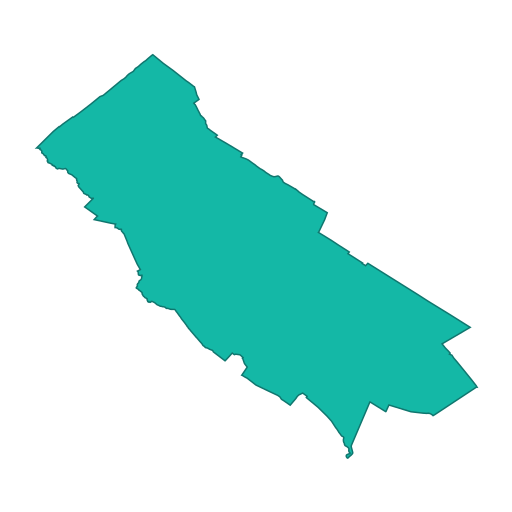 Tartasesti, Dâmbovita, Romania (Robinson projection), rotated 356°
{"feature_id": "2599482B67594439605865", "entity_name": "Tartasesti", "entity_type": "district", "adm_level": 2, "iso_a3": "ROU", "parent_name": "Romania", "parent_adm1": "Dâmbovita", "projection": "robinson", "projection_center": [25.802, 44.581], "detail": "fine", "context": "isolated", "style": "filled", "palette": "teal", "viewbox_px": 512, "rotation_deg": 356, "n_neighbors": 0, "source": "geoboundaries", "source_scale": "gbopen_adm2", "svg_char_len": 5958}
<svg xmlns="http://www.w3.org/2000/svg" viewBox="0 0 512 512"><g transform="rotate(356 256 256)"><path d="M467.3,402.2L466.5,400.6L462.4,394.5L449.2,375.7L446.2,371.7L444.5,368.6L442.1,367.4L442.9,366.4L441.3,364.3L440.1,362.9L438.4,360.9L435.5,356.6L464.7,342.1L445.1,327.8L424.8,313.3L414.9,305.9L367.1,271.1L364.6,273.3L361.1,270.6L361.1,270.2L361.4,270.1L347.9,260.1L349.3,258.5L338.8,250.7L333.1,246.3L319.9,236.8L320.3,236.4L327.0,224.6L330.1,217.8L317.2,208.8L317.1,208.4L317.4,207.5L317.9,206.9L318.3,206.1L317.9,205.6L317.6,205.5L316.7,205.6L316.2,204.9L306.9,198.0L303.4,195.2L302.6,194.3L300.1,191.9L299.9,192.1L298.6,191.1L293.0,187.3L290.1,185.6L289.2,184.9L288.5,184.3L288.3,184.0L288.0,183.5L287.8,182.6L287.7,182.2L287.1,181.5L284.9,178.7L284.0,177.9L283.7,177.8L283.2,177.7L281.0,178.1L279.7,178.2L279.1,178.1L277.4,177.4L275.4,176.3L274.7,175.6L271.8,173.5L269.8,171.6L267.3,169.8L266.7,169.6L262.6,166.2L262.1,165.6L261.1,164.7L259.3,163.3L255.2,159.8L252.8,158.4L248.7,156.6L247.7,156.0L249.0,154.2L248.3,153.7L249.8,152.4L235.5,142.4L223.8,134.5L225.8,132.8L219.1,127.3L217.7,126.0L216.8,125.4L216.5,125.2L216.3,124.6L216.0,122.1L215.0,120.3L215.2,117.9L215.2,117.6L214.1,116.1L213.7,115.2L212.9,114.2L212.1,113.5L211.3,112.4L210.7,112.2L210.4,111.7L210.3,111.0L209.9,110.1L209.4,109.0L208.9,107.7L208.4,106.8L207.7,104.9L206.2,101.4L205.9,100.8L205.3,100.2L204.6,99.2L210.1,95.8L208.1,91.0L207.7,88.5L206.4,82.9L205.8,82.6L200.9,78.2L198.7,76.5L186.2,65.1L176.9,57.3L167.1,48.0L166.0,48.6L162.3,51.3L159.5,53.5L158.1,54.2L154.7,56.5L151.8,58.8L149.9,59.9L148.9,60.4L147.9,61.5L147.5,62.1L146.4,63.3L142.8,65.1L141.6,65.8L139.8,67.3L138.7,68.5L136.5,70.1L133.9,71.4L114.8,85.1L111.5,86.1L101.6,93.1L90.5,100.5L83.5,104.9L82.9,104.5L72.5,110.9L68.9,113.5L68.6,113.2L62.5,117.6L44.7,132.9L45.1,132.9L46.7,133.5L47.8,133.3L48.1,133.4L48.2,133.5L47.8,134.4L47.9,134.7L48.9,135.3L49.5,136.1L49.7,136.8L49.5,137.8L49.5,138.1L49.7,138.4L50.7,139.0L51.0,139.5L51.3,139.8L51.9,141.0L52.2,141.2L53.2,141.3L53.6,141.9L53.6,142.3L53.3,142.7L53.3,142.9L53.5,143.2L53.9,143.4L54.3,143.8L54.6,144.4L54.7,145.0L54.9,145.6L54.9,145.9L54.4,146.4L54.4,146.8L54.8,147.1L55.0,147.6L54.9,148.1L55.1,148.4L56.7,149.0L59.1,150.5L59.2,150.8L59.0,151.1L59.2,151.4L59.6,151.5L60.6,151.6L60.8,151.7L60.8,152.4L61.0,152.5L62.1,152.9L62.3,153.6L62.7,154.4L63.0,154.7L64.2,155.3L65.5,154.8L69.2,155.8L69.7,155.8L71.9,155.4L72.3,155.6L72.8,156.1L73.1,156.8L74.1,157.6L74.0,159.1L74.4,160.0L74.9,160.6L77.9,162.1L81.0,165.1L82.4,166.2L82.5,166.5L82.5,166.8L82.3,167.2L82.4,168.0L82.9,168.7L82.9,168.9L82.6,169.8L82.6,170.2L82.7,170.5L83.3,171.1L84.2,171.2L84.5,171.4L84.6,171.6L84.5,171.9L83.5,173.3L83.6,173.7L84.2,175.0L84.8,175.7L87.7,179.5L88.1,179.8L88.4,181.1L88.7,181.6L90.8,182.7L91.1,183.0L91.3,183.3L92.3,183.3L92.7,183.7L93.3,184.3L93.7,185.5L95.3,186.6L95.6,187.0L97.0,187.1L98.1,186.8L88.5,195.1L100.7,205.1L99.7,205.9L97.4,208.1L97.1,208.4L113.2,213.1L118.2,214.4L117.7,215.1L117.4,217.4L117.4,217.8L117.9,217.8L119.4,218.3L121.1,219.7L121.9,219.9L122.7,219.8L123.6,220.0L123.6,220.7L123.4,221.3L124.1,222.4L124.5,222.8L125.3,224.1L125.9,224.7L128.4,232.2L129.0,234.4L135.0,250.7L137.0,256.0L139.7,261.5L136.7,262.8L137.2,263.3L137.4,263.7L137.3,264.0L137.4,265.6L137.4,266.2L137.5,266.6L138.0,267.0L139.4,267.4L139.6,267.5L140.0,267.2L140.8,267.2L140.8,267.3L140.9,267.9L140.8,268.3L140.7,268.6L140.6,268.8L140.2,270.6L139.7,271.4L138.9,272.1L138.0,272.4L137.7,272.8L137.4,273.5L137.1,274.5L136.2,275.2L135.9,275.6L135.5,276.4L135.5,276.8L135.6,277.7L135.5,278.0L134.7,278.7L134.3,279.4L134.4,279.7L136.1,280.9L136.5,281.3L136.9,282.0L137.5,282.2L138.4,283.3L138.6,283.3L139.6,284.3L139.9,285.0L139.7,285.8L140.9,288.2L141.9,289.1L142.2,289.6L142.6,290.0L143.7,290.5L144.5,291.3L144.3,291.9L144.3,292.2L144.5,292.5L144.8,293.7L144.9,294.0L145.3,294.1L145.7,294.1L145.8,294.5L146.3,294.4L146.9,294.8L147.3,294.8L147.9,294.6L148.1,294.1L148.3,294.0L149.0,294.0L149.7,294.3L151.7,295.5L153.9,297.7L155.5,298.5L156.3,299.0L156.9,299.4L157.4,299.5L158.1,299.6L159.3,300.1L159.9,300.1L161.2,300.5L161.9,300.9L162.6,301.7L162.9,302.0L164.3,302.1L164.8,302.2L166.7,303.1L167.5,303.3L170.9,303.6L171.2,303.7L171.7,304.2L172.7,306.1L173.1,306.5L175.6,310.6L176.3,311.5L177.2,313.3L178.8,315.6L178.9,315.8L180.1,317.5L180.7,318.5L182.1,320.7L182.4,321.5L183.1,322.2L183.7,323.6L184.7,324.6L185.5,325.9L190.4,332.5L190.7,333.0L191.1,333.3L193.9,337.1L195.6,339.3L196.2,340.2L196.6,341.1L197.2,341.9L198.3,342.6L198.9,343.6L199.3,343.9L201.1,344.4L203.2,345.8L205.3,346.8L205.8,347.0L206.2,347.3L206.8,348.7L217.8,358.4L218.9,357.5L225.5,351.2L227.5,352.9L227.8,352.9L228.8,352.5L232.9,353.4L233.3,353.6L236.0,356.4L235.3,357.0L235.7,357.6L236.9,362.2L237.5,363.3L239.5,366.2L233.5,373.9L233.8,374.0L237.0,376.3L238.1,376.9L238.9,377.5L246.9,384.7L258.5,391.3L268.0,396.6L270.0,398.2L271.4,400.7L273.6,402.3L279.7,407.2L285.7,401.1L286.2,400.5L286.3,400.2L286.6,400.0L287.3,399.0L289.0,397.6L293.0,396.0L297.0,399.3L297.2,399.6L296.3,400.6L296.6,401.0L307.2,411.1L315.6,420.6L319.8,426.0L323.7,433.1L324.1,433.5L325.4,435.7L326.4,437.7L327.7,439.6L328.4,440.8L328.9,441.5L329.6,442.0L330.3,442.3L330.8,442.9L330.9,443.2L330.8,443.8L330.4,445.0L330.3,446.6L330.4,447.3L330.6,448.1L331.1,449.2L331.1,450.0L331.4,450.9L331.8,451.5L333.4,452.5L334.6,453.6L334.9,454.0L335.3,454.8L335.0,456.1L335.0,457.2L335.3,458.1L335.8,458.6L336.1,459.1L336.1,459.4L336.0,459.6L335.0,459.8L332.9,460.5L332.3,461.0L332.1,461.5L332.1,462.5L332.8,463.7L333.0,463.9L333.2,464.0L333.7,463.9L335.3,462.5L336.8,461.5L338.3,460.1L338.7,459.5L338.8,458.7L337.7,452.9L337.9,451.7L338.7,450.1L338.8,449.9L359.4,409.6L359.8,409.7L374.5,420.3L374.8,420.2L378.2,413.9L399.7,422.2L412.1,424.5L412.4,424.5L415.1,424.9L416.5,424.9L417.2,425.0L417.2,424.9L418.9,425.4L419.3,425.7L420.9,426.9L421.5,427.6L423.3,426.7L466.9,402.1L467.3,402.2Z" fill="#14b8a6" stroke="#0f766e" stroke-width="1.5"/></g></svg>